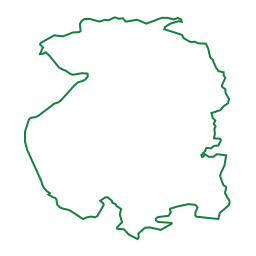 outline of Lincolnshire, rotated 181°
{"feature_id": "GBR-2081", "entity_name": "Lincolnshire", "entity_type": "Administrative County", "adm_level": 1, "iso_a3": "GBR", "parent_name": "United Kingdom", "parent_adm1": "", "projection": "natural_earth1", "projection_center": [-0.294, 53.122], "detail": "fine", "context": "isolated", "style": "outline", "palette": "green", "viewbox_px": 256, "rotation_deg": 181, "n_neighbors": 0, "source": "natural_earth", "source_scale": "10m", "svg_char_len": 2291}
<svg xmlns="http://www.w3.org/2000/svg" viewBox="0 0 256 256"><g transform="rotate(181 128 128)"><path d="M171.2,36.1L184.4,44.4L187.8,45.5L191.2,46.1L194.3,47.2L197.2,49.8L197.7,51.5L198.1,53.9L198.6,55.9L199.6,56.8L201.2,57.2L206.4,60.1L205.0,61.6L208.1,63.4L210.9,66.6L212.9,70.2L213.7,73.3L228.3,104.1L230.8,112.7L230.9,122.5L227.3,134.4L226.2,136.0L224.2,136.7L220.7,137.2L217.8,138.7L201.9,151.2L198.6,152.2L196.2,153.7L182.2,169.8L178.5,172.9L174.3,174.2L171.5,175.7L169.1,178.9L169.4,181.7L174.8,182.0L184.1,180.3L186.4,181.0L191.4,184.3L193.8,185.0L198.1,187.3L207.3,198.3L211.6,202.4L214.8,200.6L217.3,200.3L216.9,201.4L214.4,207.0L217.4,210.0L216.9,211.4L203.3,219.4L198.4,218.8L194.3,218.6L185.0,222.5L178.4,223.1L177.1,224.2L177.9,231.1L176.2,234.3L173.4,236.2L167.7,236.3L158.8,234.0L158.5,233.9L152.9,235.8L149.6,235.3L143.1,238.4L139.0,237.1L135.0,237.6L132.1,234.3L120.9,236.4L111.4,232.7L95.9,238.8L89.9,238.8L84.4,237.3L80.1,238.9L76.8,237.5L76.1,235.1L79.3,235.7L87.4,233.1L92.6,229.9L93.5,227.4L75.7,222.1L73.7,218.6L67.1,215.1L62.8,215.4L59.1,213.9L51.6,213.7L49.2,208.8L47.0,199.9L44.5,197.7L41.3,190.4L38.6,186.4L33.3,185.3L33.4,182.6L31.6,179.8L34.9,172.1L34.4,170.5L31.4,168.6L31.0,164.6L27.5,158.8L28.4,154.4L32.7,151.5L36.0,147.5L44.9,144.4L43.6,139.7L40.8,136.8L42.4,133.7L40.4,131.0L41.6,128.9L41.0,123.7L41.9,119.2L36.1,118.9L35.3,118.6L35.0,116.8L37.5,112.0L41.8,111.6L44.4,109.2L49.3,109.4L50.7,106.1L54.2,102.2L53.8,100.6L52.8,100.2L50.6,103.0L46.7,100.6L42.1,100.7L38.7,103.4L29.4,102.3L30.9,92.2L34.4,84.6L35.0,82.1L34.7,80.3L31.8,73.0L31.0,72.1L29.9,71.5L28.9,70.7L28.8,69.1L29.6,66.7L29.8,65.4L29.7,64.2L27.3,60.1L25.6,57.9L25.1,55.4L25.8,52.6L31.4,47.6L34.7,44.8L36.1,38.6L58.0,40.5L59.2,41.7L59.2,44.5L57.1,49.7L58.4,51.7L60.3,52.5L66.4,52.9L77.2,50.4L84.5,48.0L84.8,47.0L83.7,44.8L85.9,40.9L96.5,39.5L98.6,37.9L98.4,36.1L96.3,34.6L82.8,33.9L82.7,33.0L93.4,26.7L104.8,29.0L109.2,28.5L115.7,22.8L115.5,18.6L116.5,17.1L117.3,17.5L125.2,21.3L130.3,26.7L137.0,27.0L137.1,28.6L132.3,33.6L134.7,41.4L133.5,46.9L138.1,49.8L139.2,51.7L142.1,52.9L143.1,55.2L147.2,58.4L149.3,58.3L154.5,54.8L151.3,52.1L151.0,50.4L157.1,39.4L159.5,38.1L163.1,38.8L167.4,38.0L170.0,36.8L170.4,36.6L171.2,36.1L171.2,36.1Z" fill="none" stroke="#15803d" stroke-width="2"/></g></svg>